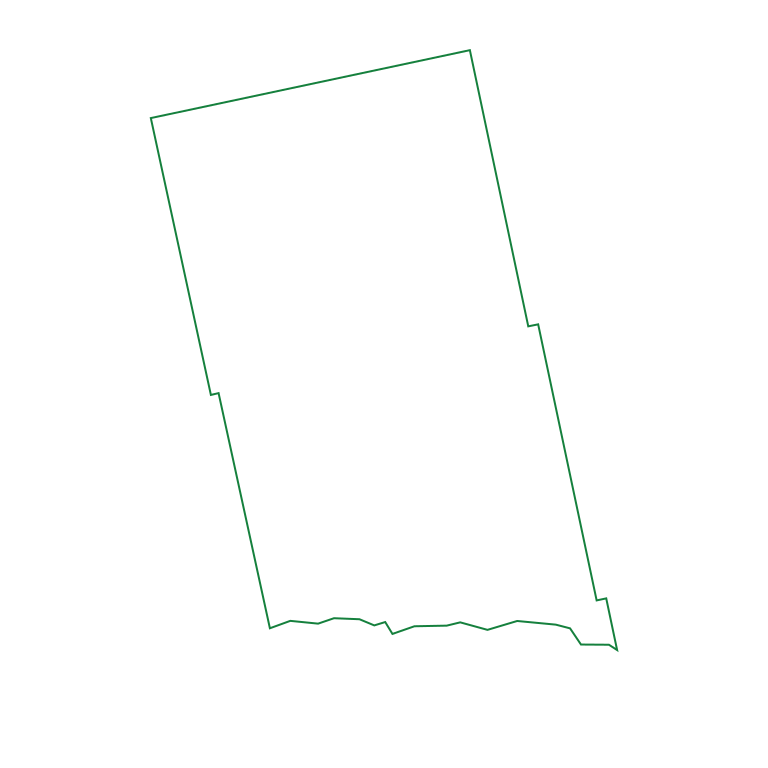 Brown, Nebraska, United States of America (Natural Earth projection), rotated 168°
{"feature_id": "52423323B61841998846050", "entity_name": "Brown", "entity_type": "district", "adm_level": 2, "iso_a3": "USA", "parent_name": "United States of America", "parent_adm1": "Nebraska", "projection": "natural_earth1", "projection_center": [-99.937, 42.466], "detail": "fine", "context": "isolated", "style": "outline", "palette": "green", "viewbox_px": 768, "rotation_deg": 168, "n_neighbors": 0, "source": "geoboundaries", "source_scale": "gbopen_adm2", "svg_char_len": 499}
<svg xmlns="http://www.w3.org/2000/svg" viewBox="0 0 768 768"><g transform="rotate(168 384 384)"><path d="M540.9,692.6L556.8,692.6L555.6,409.3L547.7,409.5L546.4,168.8L524.9,171.8L498.3,163.3L481.6,165.3L456.9,159.0L443.7,149.9L432.3,150.9L427.7,137.8L404.6,140.7L372.9,134.6L359.0,135.0L333.9,122.0L303.0,124.5L266.0,112.9L252.8,106.3L245.5,88.2L218.2,82.2L211.3,75.3L211.2,128.1L221.0,128.1L220.8,410.3L230.9,410.4L230.6,692.7L540.9,692.6Z" fill="none" stroke="#15803d" stroke-width="2"/></g></svg>